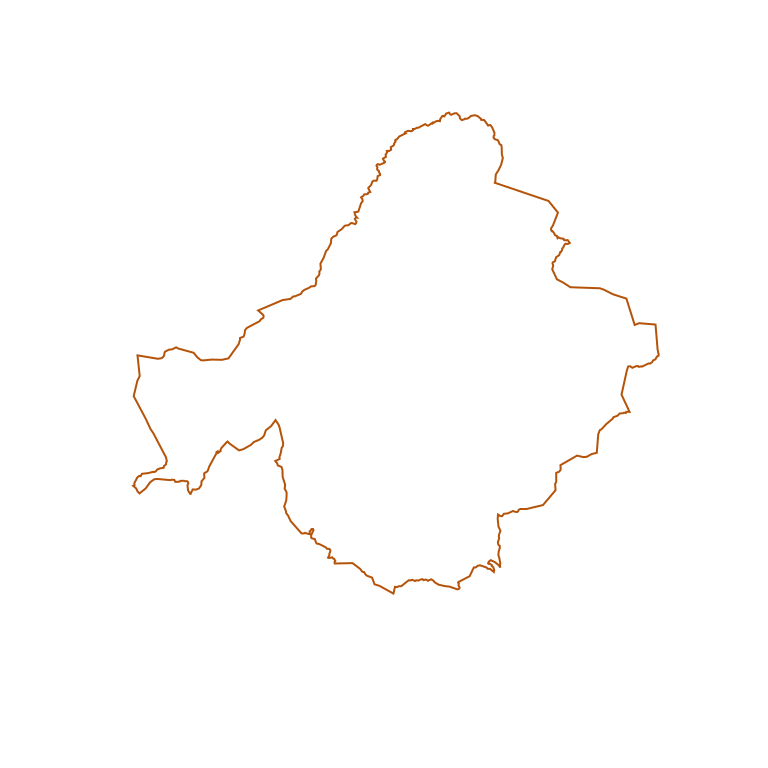 Tancítaro, Michoacán, Mexico (Albers equal-area conic projection), rotated 244°
{"feature_id": "50627088B20425370342224", "entity_name": "Tancítaro", "entity_type": "district", "adm_level": 2, "iso_a3": "MEX", "parent_name": "Mexico", "parent_adm1": "Michoacán", "projection": "albers", "projection_center": [-102.327, 19.354], "detail": "fine", "context": "isolated", "style": "outline", "palette": "amber", "viewbox_px": 768, "rotation_deg": 244, "n_neighbors": 0, "source": "geoboundaries", "source_scale": "gbopen_adm2", "svg_char_len": 6166}
<svg xmlns="http://www.w3.org/2000/svg" viewBox="0 0 768 768"><g transform="rotate(244 384 384)"><path d="M570.6,590.9L577.2,589.8L578.9,587.1L579.8,587.4L583.9,585.5L585.8,583.4L586.8,579.7L585.9,576.1L586.3,574.1L587.0,573.1L586.7,572.2L587.1,569.6L589.5,568.7L591.5,569.4L595.6,567.9L596.4,566.0L596.5,562.5L597.3,561.7L599.4,561.5L599.8,558.2L598.7,556.9L598.1,555.3L599.1,554.7L599.3,553.8L597.3,550.5L595.7,549.5L597.0,547.7L597.3,545.9L596.9,542.0L597.6,542.2L596.8,537.0L597.4,536.2L599.5,535.0L599.3,527.0L599.9,525.8L599.7,523.4L600.5,521.8L599.3,521.3L599.2,519.3L601.0,516.6L601.1,513.2L600.6,512.7L599.8,513.2L599.8,506.2L598.3,503.0L598.4,501.3L598.1,500.8L596.7,500.6L595.8,498.6L594.6,497.9L594.1,496.6L593.9,493.9L591.4,493.1L591.2,490.9L592.2,488.7L590.8,488.4L589.6,486.1L587.3,485.3L587.0,481.8L584.5,481.8L583.4,482.4L582.7,481.7L582.9,476.9L583.1,476.0L584.3,475.0L584.1,473.6L583.7,473.0L581.6,473.1L580.3,472.0L579.1,472.1L577.7,472.8L576.8,472.4L574.6,472.6L573.5,472.0L573.6,469.4L570.7,467.5L570.0,466.2L571.2,464.2L571.2,462.5L568.5,459.6L567.0,455.7L562.6,455.8L562.9,453.7L562.1,453.1L562.1,452.0L563.1,449.3L562.2,448.0L561.8,445.2L559.5,445.6L557.7,445.0L556.5,442.6L550.4,436.7L550.2,436.2L551.3,432.7L548.0,432.1L545.4,432.7L546.0,431.8L545.1,430.1L541.8,430.4L540.8,429.4L540.3,428.2L542.7,425.8L543.1,424.6L542.3,421.8L543.4,418.5L543.3,417.6L541.7,413.8L541.0,408.9L538.5,406.5L538.6,402.9L537.7,400.3L533.8,398.0L529.6,392.4L529.0,390.3L524.0,385.2L520.0,379.6L514.7,377.5L513.4,375.1L511.5,374.4L510.2,373.1L508.6,369.1L506.1,368.2L502.9,365.9L502.4,364.4L503.7,361.4L503.3,358.5L503.5,353.6L502.9,351.0L501.4,348.9L501.9,342.1L502.5,340.8L501.5,337.2L503.9,329.6L505.3,303.1L499.0,305.7L497.9,305.6L496.4,304.6L496.1,301.7L495.0,299.8L494.5,285.4L494.1,284.4L493.3,282.7L490.2,280.7L488.1,278.5L488.5,274.8L486.8,273.9L483.6,270.9L475.2,255.5L476.8,248.9L481.5,239.8L484.3,232.2L485.6,229.9L490.0,227.9L495.5,226.6L506.2,214.5L508.1,213.2L508.0,208.8L509.1,205.8L509.1,201.6L508.3,200.4L506.0,198.9L504.9,196.8L504.7,195.3L505.8,191.8L517.8,175.0L498.2,167.9L495.1,163.8L482.8,153.7L457.7,154.6L446.2,154.4L440.8,155.1L413.7,155.9L409.8,155.0L409.4,154.2L407.3,152.8L406.6,150.1L405.3,149.2L406.4,145.5L406.5,142.5L405.5,140.6L405.6,138.9L406.3,137.8L407.4,132.6L409.4,127.1L407.8,124.8L408.7,123.8L408.2,121.4L404.3,116.1L402.5,115.5L402.5,113.9L398.7,115.5L395.4,115.4L392.8,116.3L394.7,124.2L398.2,130.6L399.1,135.8L398.0,138.7L391.2,149.9L391.0,151.4L389.7,153.5L387.7,153.5L387.2,154.1L385.8,157.7L386.2,158.5L384.7,161.8L383.4,163.1L383.1,164.3L382.1,164.8L380.4,164.6L379.2,163.0L374.4,161.3L372.0,161.4L371.4,161.9L370.5,161.5L370.0,162.0L373.1,165.8L371.5,168.7L371.2,171.9L373.3,175.5L376.5,177.3L378.4,181.5L382.1,182.9L382.7,183.7L382.8,186.5L383.3,187.6L386.5,190.8L395.4,203.3L396.2,203.5L396.4,205.1L394.8,204.8L395.4,207.8L396.3,208.0L397.7,209.7L400.6,216.9L400.9,218.2L398.3,219.0L387.9,224.6L387.1,228.8L387.6,237.7L388.9,241.5L388.6,247.5L389.1,251.1L390.3,253.7L394.2,257.5L395.6,264.0L399.1,270.7L393.5,271.4L391.2,271.2L374.9,267.4L372.4,265.8L371.3,263.9L366.9,260.7L364.0,257.9L362.4,257.4L362.4,252.5L359.4,253.2L357.3,252.9L354.5,255.5L351.1,255.0L345.0,252.2L336.9,251.0L333.4,248.8L329.7,249.0L328.0,248.4L322.0,245.0L317.7,240.6L312.5,240.1L311.0,239.5L307.8,240.1L301.7,240.0L285.8,244.4L284.8,246.6L284.9,247.6L281.7,251.1L281.9,251.6L284.2,252.6L284.3,253.6L285.4,255.3L284.8,256.6L283.6,256.6L280.1,252.3L277.8,251.2L277.1,251.3L275.0,253.8L271.0,253.4L269.6,254.0L269.1,255.1L267.2,256.7L262.6,260.1L260.9,260.5L259.7,262.6L259.0,262.9L257.6,262.8L255.5,260.6L254.0,259.8L252.5,257.6L251.7,258.3L250.9,261.5L249.8,261.5L248.8,262.5L246.3,262.7L245.7,261.5L244.3,261.0L236.8,277.2L228.3,281.5L224.7,282.2L223.8,283.6L220.9,283.9L219.2,284.6L215.2,288.4L208.1,287.7L204.5,291.5L191.5,300.6L196.9,305.0L195.8,306.6L195.7,308.8L194.7,310.8L196.8,320.3L195.8,321.6L195.7,323.4L193.3,325.6L193.5,326.7L192.2,328.9L192.3,330.5L191.7,333.1L190.4,333.5L190.0,335.6L189.3,336.5L187.9,337.1L187.8,340.8L185.3,342.3L183.6,342.6L179.6,345.2L175.6,350.2L173.3,353.9L167.2,360.0L167.1,361.7L167.7,362.7L170.4,362.7L171.9,363.8L173.0,363.5L173.4,364.0L173.7,376.7L179.7,384.3L178.9,386.0L179.5,388.4L179.0,390.8L174.0,395.8L172.5,396.1L171.3,398.3L166.9,400.3L168.4,401.5L171.6,401.9L173.2,401.1L174.1,401.5L176.3,400.0L176.5,399.2L177.3,399.0L178.4,400.4L178.9,402.7L175.3,405.6L171.0,407.6L168.0,408.1L169.5,408.4L172.2,410.0L177.6,411.5L179.9,411.7L183.3,413.7L185.6,416.0L187.7,417.1L189.3,416.3L191.7,416.9L195.0,420.0L196.4,420.2L198.3,421.5L201.0,424.3L205.7,424.4L212.8,427.0L216.7,429.2L214.4,430.6L213.4,432.1L214.8,434.8L213.4,438.7L213.3,444.3L211.4,446.1L210.6,447.6L210.7,448.5L211.9,450.1L211.9,451.7L209.2,457.2L205.5,473.8L213.3,491.6L219.2,494.0L220.4,495.8L228.6,499.8L228.4,502.8L229.2,504.7L229.9,505.4L233.7,507.0L235.0,526.1L230.9,531.1L229.7,534.2L230.0,539.8L228.9,545.1L244.9,554.5L247.9,557.7L248.0,559.7L250.6,566.4L252.6,574.4L253.6,575.7L253.1,580.0L254.2,582.9L252.9,586.1L253.0,587.2L251.9,588.5L252.8,589.6L251.3,592.5L270.3,592.8L289.3,607.9L292.7,611.1L292.1,613.0L289.7,614.3L289.5,618.7L288.9,619.3L288.7,620.3L287.6,620.7L286.9,623.4L286.5,623.6L286.5,630.9L285.7,631.9L286.1,634.6L287.2,636.1L287.2,638.7L289.0,641.3L289.1,643.2L289.9,643.7L295.0,645.0L318.4,654.1L326.8,640.0L327.2,635.2L354.5,639.3L364.2,629.2L372.2,623.1L375.4,620.0L389.3,593.9L396.8,589.4L402.3,585.3L413.4,585.5L416.3,588.0L418.8,588.4L419.4,589.4L419.3,591.3L422.5,594.3L423.0,597.9L425.4,600.4L425.2,601.2L426.4,602.8L427.6,603.5L428.2,605.0L430.0,607.2L430.5,608.7L429.3,610.5L429.3,612.8L432.8,612.2L434.1,609.1L435.1,608.8L435.8,609.1L437.8,606.2L439.3,605.2L439.0,603.9L441.3,604.3L442.7,603.0L445.1,603.0L447.7,602.4L447.8,601.8L449.6,601.8L450.7,602.5L452.4,605.3L461.8,615.5L476.4,612.1L516.3,571.8L517.2,572.8L523.3,576.3L525.8,580.4L529.7,585.4L534.9,589.8L539.0,590.7L544.8,593.4L547.3,594.2L548.8,593.1L553.1,593.3L555.6,590.8L557.4,590.5L558.8,591.3L559.1,592.2L561.4,593.4L567.3,593.7L569.9,593.2L570.4,592.7L570.6,590.9Z" fill="none" stroke="#b45309" stroke-width="2"/></g></svg>